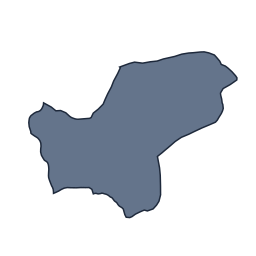 Lingmukha, Punakha, Bhutan (Robinson projection), rotated 10°
{"feature_id": "84629894B76511771149478", "entity_name": "Lingmukha", "entity_type": "district", "adm_level": 2, "iso_a3": "BTN", "parent_name": "Bhutan", "parent_adm1": "Punakha", "projection": "robinson", "projection_center": [89.91, 27.547], "detail": "fine", "context": "isolated", "style": "filled", "palette": "slate", "viewbox_px": 256, "rotation_deg": 10, "n_neighbors": 0, "source": "geoboundaries", "source_scale": "gbopen_adm2", "svg_char_len": 2303}
<svg xmlns="http://www.w3.org/2000/svg" viewBox="0 0 256 256"><g transform="rotate(10 128 128)"><path d="M66.0,205.3L68.0,204.0L70.7,202.1L73.0,200.1L75.6,198.3L78.5,197.2L81.7,196.8L87.3,195.9L92.1,194.8L93.5,194.6L94.4,194.4L96.5,194.1L100.1,193.4L103.1,194.7L105.3,198.9L106.6,198.2L107.8,197.9L108.9,198.0L110.0,198.1L111.0,197.8L112.7,197.2L113.5,196.7L114.8,196.7L116.1,196.9L117.7,197.0L118.8,197.2L120.5,197.8L122.0,198.7L122.9,199.1L123.7,199.2L124.8,199.8L127.1,202.0L127.9,202.5L129.4,203.2L130.1,203.7L130.9,204.6L131.6,205.3L132.3,205.9L133.2,206.5L135.8,207.5L137.4,208.6L139.9,213.8L141.7,216.2L145.3,215.9L147.3,214.6L150.3,211.5L154.3,208.6L156.4,207.2L158.3,206.0L161.5,206.3L166.8,203.3L169.5,199.0L171.2,194.8L171.7,188.1L171.5,187.2L170.1,179.5L169.9,178.5L168.0,169.1L166.0,161.8L161.9,150.9L165.8,146.5L168.0,143.8L171.6,139.5L173.1,137.7L176.8,133.1L180.3,129.7L182.2,127.9L188.1,124.1L188.9,123.6L193.7,120.1L200.5,115.3L203.6,113.3L207.8,110.6L213.1,107.1L214.6,104.7L215.6,101.9L217.4,97.5L218.1,94.8L218.4,92.2L217.3,88.4L216.4,87.0L215.2,83.2L213.6,79.6L213.0,77.6L213.5,76.1L214.8,72.7L215.6,72.0L220.6,67.9L221.3,67.3L226.8,61.8L226.6,59.7L224.9,57.9L220.7,54.6L216.0,51.6L213.1,50.1L208.8,49.2L206.8,46.3L203.1,43.2L200.4,41.1L197.2,40.5L194.6,40.0L189.8,39.8L186.0,40.6L178.9,42.6L174.8,43.6L168.2,45.9L162.7,48.8L161.8,49.3L160.4,49.9L150.8,53.9L145.1,57.0L138.5,58.9L131.1,61.6L123.0,62.0L118.2,64.2L109.2,69.4L110.0,70.0L108.4,76.1L105.7,84.3L104.5,90.4L102.1,97.8L100.6,103.5L99.4,108.8L95.5,114.5L91.2,119.4L89.9,124.1L88.4,125.2L86.7,125.6L77.5,128.0L76.1,128.2L74.6,128.2L73.7,128.1L71.3,127.7L69.7,127.2L68.3,126.5L64.1,123.8L58.6,122.5L54.0,123.6L48.8,120.7L40.5,117.9L40.7,120.2L40.1,122.8L39.5,124.6L38.6,126.0L37.6,126.9L36.8,127.4L35.2,128.0L34.0,128.9L32.7,130.0L31.4,131.5L30.5,132.4L29.8,133.6L29.2,135.4L29.2,137.3L29.4,140.0L30.5,143.9L32.8,148.2L33.3,150.0L34.4,150.7L37.4,152.1L39.2,152.8L40.8,153.5L42.4,154.8L43.4,155.8L44.3,157.2L44.8,158.2L45.5,161.0L45.7,163.9L46.1,166.7L47.5,169.9L48.5,171.1L49.2,172.0L51.3,174.3L53.1,175.0L54.7,175.9L55.9,177.9L56.6,180.0L57.2,182.4L57.6,186.0L58.0,188.9L58.5,190.7L59.7,193.0L61.3,195.7L62.9,198.3L63.7,199.2L64.9,201.2L65.6,203.4L66.0,205.3Z" fill="#64748b" stroke="#1e293b" stroke-width="1.5"/></g></svg>